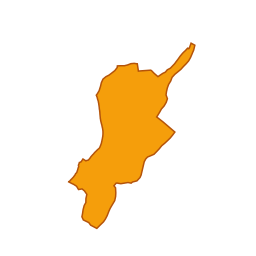 outline of Aflah Al Yaman, Hajjah, Yemen, rotated 26°
{"feature_id": "15242507B79499976279542", "entity_name": "Aflah Al Yaman", "entity_type": "district", "adm_level": 2, "iso_a3": "YEM", "parent_name": "Yemen", "parent_adm1": "Hajjah", "projection": "equal_earth", "projection_center": [43.407, 15.98], "detail": "fine", "context": "isolated", "style": "filled", "palette": "amber", "viewbox_px": 256, "rotation_deg": 26, "n_neighbors": 0, "source": "geoboundaries", "source_scale": "gbopen_adm2", "svg_char_len": 3666}
<svg xmlns="http://www.w3.org/2000/svg" viewBox="0 0 256 256"><g transform="rotate(26 128 128)"><path d="M151.8,24.3L147.5,24.1L148.0,28.5L148.0,29.8L147.8,30.1L147.5,30.2L147.0,30.0L146.6,30.1L145.6,33.4L145.1,34.6L144.3,36.9L143.4,40.6L142.8,44.3L142.0,48.2L142.0,48.5L141.6,50.3L141.1,51.8L139.9,55.6L137.8,58.5L137.1,61.4L135.2,63.8L132.4,68.7L127.5,67.4L123.9,66.1L123.0,66.1L113.5,71.6L112.4,72.3L108.2,66.2L107.4,66.5L105.2,67.2L102.4,68.9L100.0,71.5L97.5,73.6L94.4,75.1L91.6,76.6L91.2,76.9L91.8,78.3L91.0,82.2L89.4,85.5L87.8,88.7L87.0,89.8L85.7,91.5L84.1,95.0L84.2,98.9L85.1,103.0L85.3,104.6L85.7,107.0L85.4,111.0L85.1,112.4L85.6,112.8L85.9,113.1L86.3,113.5L86.7,113.8L87.1,114.3L87.5,114.8L87.8,115.2L88.2,115.6L88.8,116.2L89.3,116.7L89.7,117.2L90.1,117.8L90.5,118.3L90.8,118.7L91.1,119.0L91.3,119.4L91.6,119.9L92.0,120.4L92.5,121.2L92.8,121.6L93.1,122.1L93.3,122.4L93.5,122.8L93.7,123.1L94.0,123.5L94.2,123.9L94.5,124.3L95.0,124.9L95.2,125.4L95.5,125.7L96.0,126.6L96.4,127.3L96.7,127.9L97.1,128.4L97.4,129.0L97.9,129.8L98.3,130.4L98.6,131.0L98.8,131.4L99.2,131.8L99.7,132.6L100.1,133.1L100.3,133.5L100.8,134.0L101.1,134.5L101.6,134.9L101.8,135.3L102.0,135.5L102.6,136.2L103.0,136.6L103.4,137.1L103.9,137.8L104.2,138.1L104.5,138.6L104.8,138.8L105.2,139.4L105.5,139.8L106.0,140.5L106.3,141.0L106.5,141.3L106.8,141.6L106.9,141.9L107.1,142.3L107.3,142.8L107.7,143.3L107.9,143.9L108.0,144.2L108.3,144.8L108.5,145.2L108.6,145.6L108.8,146.1L109.0,146.5L109.1,147.1L109.4,148.1L109.7,149.1L109.9,150.0L110.1,150.6L110.4,152.0L110.5,152.5L110.7,153.0L110.8,153.9L110.9,154.7L111.0,155.5L111.0,156.1L111.1,156.8L111.1,157.2L111.1,157.7L111.1,158.4L111.0,158.8L110.9,159.2L110.7,159.6L110.2,160.7L109.9,161.5L109.6,162.3L109.4,163.1L109.1,163.7L108.9,164.4L108.7,165.0L108.5,165.8L108.4,166.4L108.2,167.0L108.0,167.4L107.8,168.2L107.7,168.6L107.5,169.2L107.3,170.0L107.2,170.6L107.1,171.1L107.1,171.6L106.9,172.3L106.8,172.8L106.7,173.2L106.5,173.9L106.3,174.4L106.0,174.6L105.7,174.8L105.4,175.1L104.5,176.0L101.1,175.6L100.7,178.9L100.5,179.0L100.2,179.5L100.0,179.9L99.4,180.3L99.7,182.0L99.7,182.6L99.7,183.1L99.8,183.3L100.7,184.5L100.7,186.0L100.9,186.6L101.0,187.3L101.1,187.8L101.2,188.4L101.2,189.2L101.4,189.5L101.4,190.0L101.4,190.8L100.9,192.0L101.0,193.4L100.8,194.0L100.7,194.7L100.6,195.3L100.5,195.7L100.5,196.1L100.3,196.5L100.2,196.9L100.0,197.5L99.9,198.0L99.7,198.5L99.5,198.9L99.4,199.4L99.1,200.2L99.1,200.7L98.9,201.1L98.8,201.6L98.7,202.1L97.6,202.4L100.8,202.5L101.2,202.5L104.2,202.5L107.3,202.9L110.5,205.0L113.4,202.9L116.0,203.5L116.4,203.6L120.1,205.7L121.1,209.8L122.5,212.9L122.8,213.4L122.6,216.8L123.4,220.9L124.7,225.0L125.5,228.0L127.8,229.9L128.1,230.2L131.2,230.2L134.2,230.2L137.0,231.7L140.1,231.8L143.1,231.9L144.0,231.9L145.6,227.2L147.1,223.1L147.2,222.5L147.6,219.7L147.7,215.9L147.3,211.2L147.2,208.2L147.4,205.3L147.9,199.1L147.8,198.7L146.9,195.0L145.5,191.7L143.0,187.2L140.7,186.1L141.5,182.8L142.5,182.2L143.4,182.0L146.0,181.2L151.9,177.0L153.7,176.5L155.0,176.2L155.7,174.6L159.2,171.6L160.5,167.3L160.4,164.4L160.0,162.8L159.2,159.2L159.1,158.8L157.4,151.3L157.5,148.0L158.3,145.5L159.9,143.7L160.6,142.9L162.9,140.2L164.1,136.6L165.3,132.7L165.5,131.6L166.1,129.1L167.7,125.6L169.0,122.2L170.0,119.4L170.3,118.6L171.2,114.8L171.9,111.1L166.9,109.8L156.9,107.2L148.9,105.5L149.1,104.1L149.5,100.1L149.7,96.3L150.8,92.4L151.1,88.2L150.6,84.4L147.7,81.6L146.7,78.6L145.8,74.8L145.4,71.0L145.8,67.0L145.4,63.2L146.5,59.4L146.6,59.1L148.3,55.4L148.8,54.3L149.8,52.1L150.9,48.3L152.1,44.8L153.1,41.0L153.3,37.2L153.1,33.2L153.0,32.0L152.9,29.3L151.8,24.3Z" fill="#f59e0b" stroke="#b45309" stroke-width="1.5"/></g></svg>